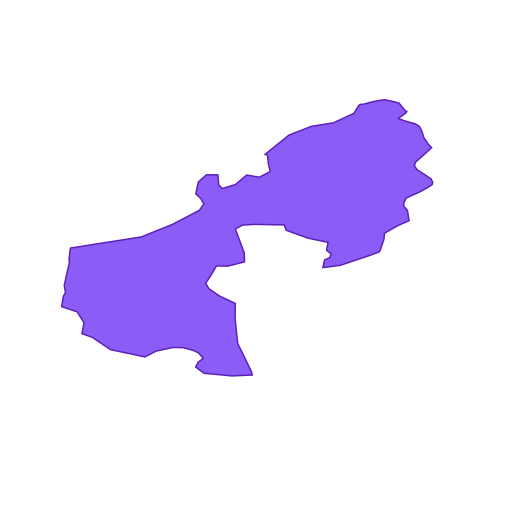 outline of An Nuhud, North Kordufan, Sudan, rotated 252°
{"feature_id": "16777658B62353241688309", "entity_name": "An Nuhud", "entity_type": "district", "adm_level": 2, "iso_a3": "SDN", "parent_name": "Sudan", "parent_adm1": "North Kordufan", "projection": "equal_earth", "projection_center": [28.354, 13.164], "detail": "fine", "context": "isolated", "style": "filled", "palette": "violet", "viewbox_px": 512, "rotation_deg": 252, "n_neighbors": 0, "source": "geoboundaries", "source_scale": "gbopen_adm2", "svg_char_len": 1968}
<svg xmlns="http://www.w3.org/2000/svg" viewBox="0 0 512 512"><g transform="rotate(252 256 256)"><path d="M361.3,332.9L360.8,324.7L349.9,296.1L348.5,298.1L339.4,296.2L332.0,295.7L329.9,283.5L335.9,272.1L330.3,258.5L330.6,244.8L335.2,242.5L345.0,244.8L348.5,234.0L344.3,224.1L333.8,218.0L327.5,221.3L321.6,222.5L317.0,216.3L311.9,186.4L309.6,152.7L312.8,132.6L315.5,116.0L320.8,82.6L320.9,82.0L320.8,81.9L315.7,79.5L312.4,78.0L310.0,76.9L309.9,76.9L308.1,76.9L303.4,74.1L303.0,73.8L293.1,67.9L292.5,67.6L292.4,67.6L287.3,64.5L286.8,64.5L280.2,63.5L278.4,61.6L277.2,60.3L267.9,55.5L264.3,60.3L262.6,62.7L258.2,68.6L245.7,71.8L235.9,66.5L235.7,66.7L229.3,75.1L211.9,88.7L194.4,119.1L196.4,131.9L194.6,149.1L191.2,158.7L185.7,167.0L181.7,171.3L175.0,174.2L172.9,168.2L169.1,164.3L160.6,170.2L149.4,196.0L144.0,215.6L147.0,216.0L178.6,211.6L203.0,216.8L217.3,221.6L229.7,208.5L239.5,201.1L245.7,199.7L251.5,207.2L258.8,215.3L255.1,225.9L254.0,243.3L262.5,245.8L288.0,244.7L289.6,252.5L286.5,264.5L276.8,292.5L271.1,292.7L256.9,311.0L246.7,328.7L239.7,324.8L234.7,328.2L231.6,325.4L231.1,320.0L224.3,316.1L221.1,333.3L221.4,365.0L221.9,374.9L229.5,380.7L232.3,382.8L238.0,385.3L241.2,401.0L241.7,406.8L242.3,412.5L248.0,413.4L252.8,414.1L257.8,411.8L259.3,412.4L260.6,413.0L263.7,415.7L264.3,416.3L264.8,417.2L265.5,423.6L266.5,432.7L268.3,441.5L269.5,445.7L271.5,446.8L275.4,446.3L275.7,446.0L278.3,443.9L283.3,440.0L287.9,436.2L288.0,436.1L289.8,435.4L291.6,434.8L293.2,434.7L296.1,437.0L301.4,449.2L304.8,456.5L308.6,454.6L316.8,452.2L323.4,452.3L328.6,451.5L329.0,451.2L332.6,448.3L335.6,443.5L338.6,439.2L342.7,433.8L342.8,434.0L345.8,442.8L346.9,444.1L347.0,444.0L347.3,443.7L348.4,442.7L352.8,441.0L357.3,439.2L359.4,436.0L360.0,435.1L364.8,426.8L364.9,426.1L365.9,421.0L366.3,417.0L366.6,415.0L367.2,404.6L368.0,402.0L368.0,401.8L367.2,400.1L366.1,398.7L361.5,393.4L358.7,370.8L362.2,348.7L361.3,332.9Z" fill="#8b5cf6" stroke="#5b21b6" stroke-width="1.5"/></g></svg>